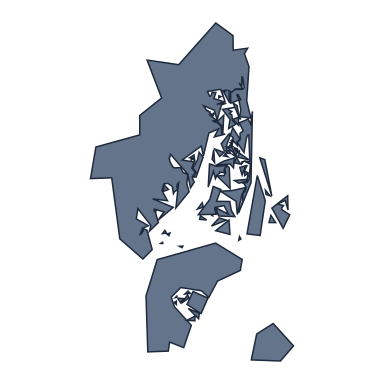 outline of Guayaquil, Guayas, Ecuador
{"feature_id": "8360857B75288721097085", "entity_name": "Guayaquil", "entity_type": "district", "adm_level": 2, "iso_a3": "ECU", "parent_name": "Ecuador", "parent_adm1": "Guayas", "projection": "natural_earth1", "projection_center": [-80.067, -2.513], "detail": "fine", "context": "isolated", "style": "filled", "palette": "slate", "viewbox_px": 384, "rotation_deg": 0, "n_neighbors": 0, "source": "geoboundaries", "source_scale": "gbopen_adm2", "svg_char_len": 6137}
<svg xmlns="http://www.w3.org/2000/svg" viewBox="0 0 384 384"><path d="M215.8,23.0L178.7,64.7L147.1,60.1L161.6,98.0L139.7,115.5L139.8,134.9L95.9,147.0L90.5,178.6L111.7,177.8L119.8,238.8L142.9,259.0L152.2,249.6L146.9,230.1L142.7,228.5L143.1,229.4L143.0,231.2L141.4,233.8L140.2,234.3L142.5,228.3L148.4,225.7L136.3,218.9L137.9,208.6L150.9,225.5L149.4,231.2L158.4,222.6L155.6,212.9L156.0,210.5L154.9,211.6L154.3,211.6L154.1,209.2L164.0,211.8L158.1,220.2L173.2,207.4L152.7,198.8L167.5,200.8L162.0,190.7L163.9,183.8L168.0,183.4L172.3,186.5L173.4,193.6L174.3,192.0L177.6,189.5L176.9,187.2L177.0,185.8L177.4,184.1L178.6,182.6L175.9,207.9L189.1,191.7L186.8,183.6L187.9,174.7L183.0,172.5L180.6,167.6L174.5,167.9L173.1,167.1L170.6,163.1L169.8,161.1L169.7,159.6L169.1,158.4L169.2,157.8L170.0,157.1L170.0,155.9L170.5,154.2L187.8,174.2L190.5,187.9L194.2,182.2L192.1,177.0L195.3,172.7L191.8,168.0L194.2,162.0L182.2,160.0L201.3,146.0L203.4,156.0L208.8,133.1L218.7,128.8L214.3,136.9L225.3,134.1L221.8,134.0L221.1,126.1L216.2,121.9L215.1,122.2L213.5,121.5L213.0,120.9L216.9,120.6L210.1,115.3L213.4,115.7L213.3,115.0L214.0,113.9L213.9,113.3L213.3,113.2L213.0,114.3L212.3,114.5L209.7,113.1L209.6,112.8L210.1,112.0L209.1,111.8L207.8,111.0L208.1,110.0L207.7,110.5L206.7,110.6L203.6,105.7L214.3,110.2L217.1,119.9L221.5,104.9L226.3,103.2L216.7,104.3L224.2,101.8L213.9,98.6L215.9,92.5L212.1,92.4L211.2,95.5L210.2,96.2L209.7,96.3L207.5,91.5L220.6,89.3L225.0,101.5L221.7,91.1L227.2,89.9L223.8,92.2L229.7,103.0L228.8,90.6L231.5,92.3L235.6,88.9L242.7,88.8L239.1,83.0L242.0,85.5L241.9,77.0L242.6,77.2L244.3,87.5L242.4,89.3L235.2,89.5L230.6,93.0L230.8,103.1L239.1,100.0L237.0,95.3L237.1,94.7L237.4,94.4L238.1,94.6L240.7,99.5L239.1,101.2L240.8,109.6L239.8,116.7L250.9,118.1L246.7,100.9L249.0,66.6L244.4,53.7L247.7,48.2L233.2,50.2L233.0,35.6L215.8,23.0ZM215.6,243.1L157.2,259.6L146.0,295.9L147.8,351.9L168.3,351.1L169.6,342.1L183.7,347.6L191.3,325.4L174.4,306.7L171.3,297.2L180.7,287.5L201.5,290.8L208.8,297.4L217.6,281.0L240.3,270.4L242.2,259.5L215.6,243.1ZM256.7,334.0L251.3,359.9L280.5,361.0L293.5,345.9L273.2,323.5L256.7,334.0ZM251.0,182.8L252.4,111.4L250.7,124.2L248.1,119.1L239.3,122.8L243.2,130.8L240.0,133.3L240.3,139.5L237.2,142.5L244.0,152.5L246.3,139.1L247.5,135.2L248.8,134.9L249.8,161.8L243.7,160.9L250.4,164.2L249.0,179.2L247.0,182.6L242.6,182.9L244.5,184.2L246.0,187.6L246.0,188.5L244.9,191.7L243.0,193.3L242.5,201.7L238.6,213.0L251.0,182.8ZM260.1,235.5L265.3,200.7L257.3,175.5L247.0,233.9L260.1,235.5ZM220.9,189.5L213.2,186.4L209.9,199.3L198.3,214.7L216.4,214.2L214.7,209.5L215.2,207.5L224.1,205.6L228.3,214.1L215.6,207.6L218.7,216.0L234.9,216.6L231.3,210.4L229.8,201.5L216.5,201.3L220.9,189.5ZM287.7,195.7L271.9,208.1L283.1,228.3L289.7,214.8L281.9,209.7L281.6,208.2L283.6,205.5L277.5,204.1L285.2,200.4L288.0,210.0L287.7,195.7ZM245.7,187.5L232.0,190.6L220.4,191.2L236.1,201.3L237.3,214.5L242.0,194.4L245.7,187.5ZM193.1,291.5L187.0,304.4L201.1,313.6L207.9,298.1L193.1,291.5ZM271.8,195.9L264.8,159.6L259.8,157.8L271.8,195.9ZM216.9,166.4L209.5,163.9L208.2,187.1L213.5,171.4L215.4,178.7L217.3,174.7L219.8,173.1L219.8,171.9L225.1,173.1L224.1,171.1L224.1,169.6L226.3,165.3L216.9,166.4ZM234.7,107.4L222.5,109.4L230.0,119.2L228.6,128.6L236.0,124.0L232.5,120.6L231.8,114.7L229.4,113.6L231.8,111.4L228.8,110.3L228.3,108.8L234.7,107.4ZM230.1,188.6L229.3,167.9L227.2,165.6L224.8,168.6L225.5,173.1L224.1,175.6L217.0,175.9L230.1,188.6ZM230.0,234.4L229.0,220.1L215.7,230.7L230.0,234.4ZM224.0,161.1L216.0,165.2L230.1,163.9L233.5,167.9L234.3,157.9L224.0,161.1ZM196.1,177.1L203.1,157.3L199.1,152.3L197.6,159.7L192.9,168.0L196.1,172.4L193.2,177.0L196.1,177.1ZM240.0,139.2L232.8,127.8L230.2,135.4L232.4,136.8L233.3,138.5L231.5,140.4L233.1,140.5L237.4,145.5L237.1,141.8L240.0,139.2ZM223.8,115.2L217.2,121.6L222.0,125.9L222.8,133.7L223.8,115.2ZM239.8,167.4L242.1,175.0L245.0,166.7L246.9,165.4L239.8,167.4ZM219.2,217.9L211.5,226.1L226.3,220.1L219.2,217.9ZM227.2,143.5L229.9,136.2L229.1,133.8L221.2,143.7L224.3,150.9L227.3,151.2L226.3,147.5L227.2,143.5ZM223.9,152.4L215.0,149.1L219.8,156.5L223.9,152.4ZM246.9,181.2L248.0,174.2L247.0,179.3L234.5,180.5L238.9,183.2L246.9,181.2ZM195.0,316.1L187.0,320.3L194.9,320.8L195.0,316.1ZM237.2,105.6L233.2,103.2L238.9,116.7L237.2,105.6ZM199.3,313.4L188.3,308.5L198.6,318.7L199.3,313.4ZM206.7,220.0L200.4,215.8L199.6,219.4L206.7,220.0ZM269.0,222.6L275.7,222.6L270.9,215.4L269.0,222.6ZM248.9,159.8L239.6,153.2L237.3,157.2L248.9,159.8ZM238.3,117.3L232.8,119.4L238.6,125.3L238.3,117.3ZM181.2,303.4L189.0,297.9L187.6,295.1L181.2,303.4ZM168.5,189.5L164.0,184.7L163.4,191.4L168.5,189.5ZM183.4,298.6L177.7,298.1L180.5,302.7L183.4,298.6ZM225.7,153.1L230.7,153.5L229.9,152.3L229.5,149.8L225.7,153.1ZM235.1,153.9L231.8,147.4L226.5,147.0L235.1,153.9ZM203.3,207.1L202.2,202.8L197.4,209.1L203.3,207.1ZM240.5,164.1L236.4,157.7L234.5,162.9L240.5,164.1ZM194.9,161.8L194.0,155.0L189.7,157.7L193.0,158.1L194.9,161.8ZM214.6,162.5L213.7,149.6L212.1,159.2L214.6,162.5ZM266.0,194.4L270.0,195.8L265.4,190.2L266.0,194.4ZM248.3,173.1L244.5,170.7L244.7,175.6L248.3,173.1ZM188.0,291.1L184.8,294.1L190.4,293.4L188.0,291.1ZM166.5,233.1L164.9,230.4L162.4,233.6L166.5,233.1ZM237.8,149.2L234.1,147.5L234.6,149.4L237.8,149.2ZM223.5,155.8L227.9,156.8L225.5,154.1L223.5,155.8ZM167.1,234.2L168.9,235.7L169.9,233.0L167.1,234.2ZM233.2,146.7L230.5,144.6L229.4,145.9L233.2,146.7ZM235.9,157.0L236.6,153.2L236.0,154.5L232.6,154.4L235.9,157.0ZM233.0,141.2L230.1,142.7L232.3,144.2L233.0,141.2ZM244.9,169.7L246.7,166.3L245.3,166.9L244.9,169.7ZM179.4,246.3L182.0,247.7L182.9,246.1L179.4,246.3ZM238.7,240.3L240.9,239.0L239.5,236.6L238.7,240.3ZM238.5,118.4L241.0,119.1L238.9,117.3L238.5,118.4ZM176.4,304.5L176.3,301.1L174.2,302.5L176.4,304.5ZM236.5,152.7L237.8,150.3L235.2,150.2L236.5,152.7ZM241.7,163.7L243.6,161.4L241.6,162.0L241.7,163.7ZM218.8,97.9L221.0,96.6L218.9,95.8L218.8,97.9ZM191.2,160.1L193.1,158.9L191.1,158.4L191.2,160.1ZM175.3,297.6L176.7,297.2L177.1,295.6L175.3,297.6ZM211.0,215.0L212.8,215.9L212.7,215.1L211.0,215.0ZM237.5,152.8L239.4,152.9L239.4,151.1L237.5,152.8ZM160.8,243.4L162.8,243.5L162.6,242.3L160.8,243.4Z" fill="#64748b" stroke="#1e293b" stroke-width="1.5"/></svg>